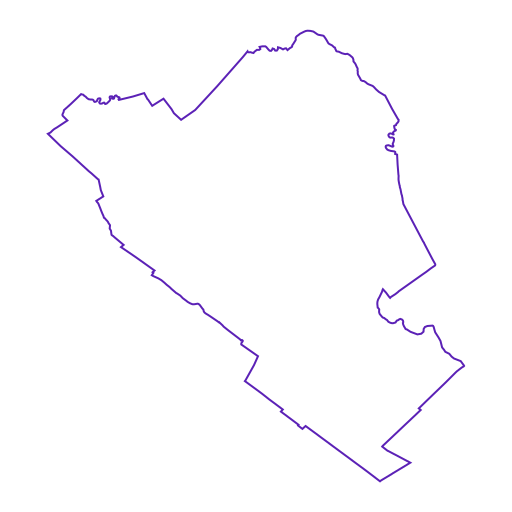 Ciocanesti, Dâmbovita, Romania (Natural Earth projection)
{"feature_id": "2599482B43170479222573", "entity_name": "Ciocanesti", "entity_type": "district", "adm_level": 2, "iso_a3": "ROU", "parent_name": "Romania", "parent_adm1": "Dâmbovita", "projection": "natural_earth1", "projection_center": [25.852, 44.613], "detail": "fine", "context": "isolated", "style": "outline", "palette": "violet", "viewbox_px": 512, "rotation_deg": 0, "n_neighbors": 0, "source": "geoboundaries", "source_scale": "gbopen_adm2", "svg_char_len": 5920}
<svg xmlns="http://www.w3.org/2000/svg" viewBox="0 0 512 512"><path d="M385.1,95.5L384.3,95.2L378.9,91.9L376.1,89.4L374.0,87.1L373.1,86.3L372.6,85.9L368.8,84.4L367.6,83.8L366.8,83.2L365.7,82.2L364.3,81.3L363.5,81.0L362.8,81.0L361.9,80.7L360.9,80.1L360.3,78.7L358.0,74.7L357.8,73.8L357.7,73.2L357.8,71.7L357.5,70.4L357.7,69.0L357.4,68.0L356.7,66.8L355.8,64.7L355.1,63.4L353.6,61.6L353.4,61.0L353.5,60.1L353.0,58.4L352.4,57.4L349.6,55.0L347.4,53.8L345.5,54.1L344.3,53.9L341.8,53.2L338.8,51.7L336.9,51.4L336.4,51.1L336.1,50.7L335.9,50.0L335.3,48.9L335.1,47.9L334.7,47.4L334.1,47.3L332.1,45.4L329.3,44.0L328.4,43.3L326.2,39.5L325.0,37.7L323.9,36.2L323.6,35.9L322.9,35.6L318.5,34.8L317.5,34.4L313.9,31.9L313.2,31.5L310.4,30.9L307.5,30.7L305.8,31.0L304.3,31.6L299.9,33.8L298.9,34.7L296.8,36.2L296.1,37.0L295.7,37.8L295.7,38.6L295.8,39.4L295.6,40.2L293.2,44.0L292.2,45.4L292.1,46.6L292.0,46.8L290.7,47.7L289.9,48.1L287.5,50.1L286.0,48.3L284.5,48.6L283.0,49.4L280.5,48.0L278.0,47.3L277.8,49.3L276.8,50.6L275.2,50.6L274.1,49.0L272.6,48.5L272.1,49.7L271.0,50.9L269.6,50.7L268.4,49.5L266.3,47.0L265.3,46.3L262.5,46.3L259.6,46.9L260.1,48.0L260.3,49.1L259.1,49.9L256.8,49.9L254.4,51.8L253.5,53.0L252.0,52.7L250.6,52.2L248.8,52.3L247.7,52.1L247.5,51.4L242.9,57.0L217.2,86.2L195.2,110.0L181.1,119.8L173.9,113.2L171.5,109.1L163.5,98.7L152.2,105.8L148.0,99.5L147.5,99.2L144.2,93.1L133.0,96.5L118.9,99.9L118.5,99.2L118.8,98.9L119.5,98.6L119.6,97.9L119.4,97.4L118.8,97.1L117.5,96.8L117.0,96.3L116.6,95.7L116.1,95.4L115.4,95.6L114.9,95.9L114.6,96.6L114.3,97.6L114.0,98.5L113.2,98.8L112.1,98.5L112.0,98.2L112.2,97.8L112.6,97.4L112.6,96.7L112.2,96.4L111.2,96.3L110.2,96.4L109.8,96.7L109.6,97.7L110.0,98.5L110.1,99.3L110.0,100.2L109.4,101.0L106.9,103.4L105.8,103.9L105.2,104.0L104.9,103.7L104.6,103.0L104.1,102.6L103.3,102.8L102.1,103.5L100.8,103.7L99.9,103.5L99.2,102.5L99.4,101.6L100.2,100.5L100.5,99.1L100.3,98.5L99.2,98.3L98.0,98.7L97.5,99.4L96.8,101.2L95.4,101.8L94.7,101.9L94.1,101.5L93.4,100.1L92.8,99.7L91.9,99.5L90.4,99.5L88.6,99.2L86.9,98.0L85.7,96.7L84.1,95.7L83.6,95.0L83.0,94.6L82.0,94.5L81.1,94.1L76.8,98.3L70.7,104.1L64.0,110.1L63.9,110.4L63.6,112.0L62.7,113.9L62.4,114.9L62.6,115.5L62.8,115.9L67.4,120.5L57.0,127.4L54.3,129.0L52.7,130.3L50.5,132.5L47.9,133.8L60.6,146.1L72.5,156.3L88.7,171.1L91.5,173.4L97.8,179.1L98.6,179.5L100.2,186.9L100.8,190.1L103.3,196.4L96.3,200.9L97.1,202.1L97.9,202.9L98.4,203.7L100.3,208.4L101.2,210.8L101.7,212.0L102.4,213.7L103.1,215.2L103.6,216.4L103.8,217.3L104.1,217.9L104.8,218.2L106.0,219.7L106.9,220.6L107.9,221.8L108.5,223.1L109.9,225.0L110.0,225.4L109.7,228.6L110.8,230.4L111.0,230.8L111.4,234.1L111.6,234.9L111.9,235.2L113.1,236.0L114.9,237.6L123.6,244.9L121.0,247.1L136.1,257.4L154.5,270.5L152.6,272.2L153.4,272.9L151.8,275.2L153.1,276.0L158.4,278.4L161.4,280.2L164.3,282.6L166.7,284.8L169.0,286.6L170.4,287.8L171.1,288.6L176.3,293.1L177.0,293.4L180.3,295.6L182.8,298.2L186.6,301.0L187.5,301.8L190.1,303.3L192.3,304.2L193.1,304.3L194.7,304.2L197.5,303.7L198.1,303.8L198.6,304.0L199.8,305.0L202.5,308.7L203.3,309.5L203.5,310.1L203.7,311.2L204.1,311.9L204.3,312.3L205.3,313.2L206.5,314.0L207.6,314.6L210.2,316.3L217.4,321.2L219.1,322.5L219.3,322.3L222.6,325.4L223.6,326.6L228.1,330.2L240.0,339.3L240.5,339.8L240.8,340.3L241.9,340.0L242.3,340.2L242.8,340.9L242.3,341.9L241.6,342.7L241.2,343.9L241.3,344.5L258.0,356.2L254.0,365.1L245.4,380.5L244.9,381.1L261.9,393.6L269.1,399.3L282.8,409.5L280.9,411.6L298.3,424.6L297.9,424.9L297.9,425.4L302.4,428.9L305.6,426.0L367.3,471.6L380.0,481.3L380.7,480.7L382.6,479.5L383.8,478.8L392.4,473.6L392.7,473.3L393.0,473.2L410.3,462.7L407.8,461.3L407.3,461.1L388.0,450.9L387.6,450.8L382.2,446.6L382.7,445.9L420.7,410.0L418.8,408.4L426.3,401.1L446.1,382.0L455.6,372.5L457.0,371.2L461.8,367.5L463.7,366.4L464.1,365.9L463.8,365.3L460.7,361.1L454.0,358.5L451.6,356.6L449.3,353.8L445.3,351.8L444.1,349.9L442.1,347.4L440.5,341.0L438.6,337.6L435.2,332.3L434.4,329.6L433.7,327.0L433.1,325.9L432.5,325.6L427.4,326.0L424.9,327.0L423.7,328.9L423.5,331.7L421.3,333.7L417.4,334.4L410.5,331.8L406.8,329.4L406.2,329.3L405.5,328.9L405.4,328.6L404.0,326.3L403.2,324.5L402.9,323.0L403.1,322.8L403.2,322.2L403.2,321.6L403.0,320.7L402.8,320.4L402.2,319.7L401.7,319.4L400.3,318.9L399.1,319.4L398.3,320.1L397.0,320.5L396.6,320.8L396.4,321.2L395.5,322.5L393.1,323.2L392.0,323.2L390.4,322.8L388.4,321.8L387.0,320.0L385.8,319.3L384.2,318.0L382.9,317.6L382.1,316.9L379.7,314.0L379.2,312.6L379.1,311.6L379.2,309.4L378.7,308.6L378.0,307.8L377.7,307.6L377.3,303.9L377.4,302.0L377.7,300.7L378.2,299.3L379.4,297.2L382.1,291.6L382.5,290.0L382.9,289.2L386.0,292.6L389.1,296.8L390.1,297.9L390.9,297.0L395.4,294.1L398.2,291.9L398.6,291.4L401.7,289.2L422.3,274.6L426.2,271.9L430.8,268.4L434.6,265.8L435.0,265.5L435.2,265.1L435.3,264.8L435.2,264.1L432.4,259.1L427.1,249.0L424.1,243.2L424.0,242.7L423.1,241.5L403.4,204.1L402.8,200.7L402.6,200.3L402.5,198.4L402.1,196.6L402.0,195.7L401.4,194.0L400.5,189.2L399.8,187.0L399.8,185.9L399.5,185.2L399.0,182.8L398.6,180.4L398.5,179.0L398.6,175.8L398.4,174.5L397.6,164.5L397.1,154.6L396.9,154.5L395.1,153.9L395.3,153.0L395.2,151.9L394.3,151.4L390.8,150.9L388.5,150.2L387.3,149.6L386.1,148.1L385.8,147.5L385.7,146.9L385.7,146.4L386.0,145.8L386.6,145.5L388.4,145.2L389.1,145.4L392.1,146.6L392.8,146.7L393.4,146.1L393.3,145.5L392.9,144.9L392.7,143.9L392.9,143.3L393.5,142.0L393.9,140.5L394.0,138.6L393.5,138.1L392.9,137.7L392.2,137.5L390.2,137.6L389.6,137.3L389.0,136.7L388.5,135.7L388.4,135.2L388.5,134.6L389.4,133.6L390.6,133.4L392.0,133.8L392.9,134.4L393.3,134.5L393.6,134.4L393.6,134.2L393.3,133.9L392.9,133.6L392.9,133.1L393.0,132.6L393.4,132.0L394.1,131.3L394.9,130.9L395.7,130.5L395.9,130.1L395.9,129.9L395.3,129.6L394.8,129.1L394.4,127.9L394.1,126.0L394.4,125.7L396.0,125.1L396.5,123.7L397.6,122.7L398.3,121.7L398.6,121.0L398.5,120.2L398.6,119.8L397.9,119.0L393.3,111.0L392.2,109.1L385.1,95.5Z" fill="none" stroke="#5b21b6" stroke-width="2"/></svg>